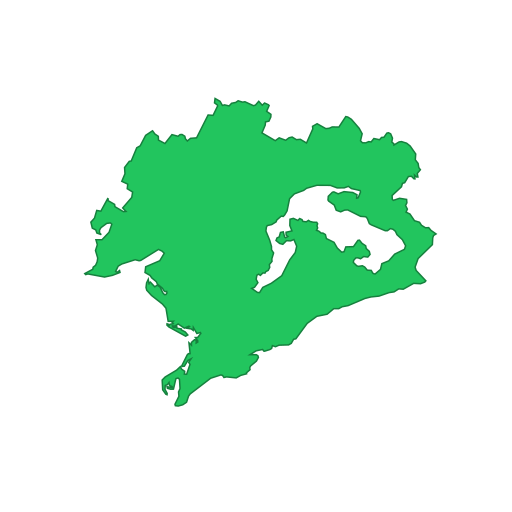 SVG path tracing the border of Krasnodar, rotated 297°
{"feature_id": "RUS-2371", "entity_name": "Krasnodar", "entity_type": "Territory", "adm_level": 1, "iso_a3": "RUS", "parent_name": "Russia", "parent_adm1": "", "projection": "mercator", "projection_center": [39.522, 45.126], "detail": "fine", "context": "isolated", "style": "filled", "palette": "green", "viewbox_px": 512, "rotation_deg": 297, "n_neighbors": 0, "source": "natural_earth", "source_scale": "10m", "svg_char_len": 6146}
<svg xmlns="http://www.w3.org/2000/svg" viewBox="0 0 512 512"><g transform="rotate(297 256 256)"><path d="M346.2,408.0L327.3,401.6L318.3,402.8L315.8,405.3L311.0,418.6L309.4,418.2L306.0,415.2L303.2,408.9L293.3,402.3L291.5,398.1L286.7,395.3L283.8,391.2L276.1,383.8L271.7,377.0L267.6,372.3L253.6,360.6L249.9,355.8L246.6,353.6L244.4,349.2L236.4,345.8L229.9,337.6L219.2,332.2L200.3,329.1L198.9,327.3L194.2,327.1L191.6,325.4L187.0,317.0L184.0,314.5L183.6,311.3L180.7,311.9L178.9,310.8L175.1,306.9L174.8,306.2L175.7,304.3L171.6,299.2L165.3,295.4L168.2,301.1L168.0,303.0L166.7,304.2L162.5,304.1L155.6,301.1L153.6,301.1L152.0,302.3L147.5,300.5L146.8,301.1L142.7,296.6L138.4,293.7L134.9,284.6L133.2,282.6L134.4,280.4L134.1,278.7L126.5,271.1L103.3,260.0L100.6,259.5L94.2,260.5L90.2,258.3L87.0,254.8L86.0,252.1L87.1,251.1L96.0,251.0L99.7,248.7L103.4,248.5L111.4,243.8L111.9,241.9L110.4,240.3L99.9,242.9L98.5,240.3L97.9,237.1L99.1,236.1L100.8,241.0L101.5,240.6L101.5,237.7L103.8,235.9L101.1,235.5L99.5,233.9L95.9,235.4L93.3,239.2L92.0,239.7L91.9,238.4L94.4,233.6L102.9,228.7L107.0,230.0L118.3,237.1L123.1,238.8L121.4,241.0L120.9,244.8L118.2,245.8L119.1,247.9L129.5,246.4L130.7,244.3L134.9,244.8L132.0,242.7L125.3,242.2L124.0,240.3L124.4,239.7L136.8,239.6L138.3,240.1L139.1,241.6L148.2,235.7L147.2,239.0L149.7,237.7L153.5,239.2L154.0,241.0L151.3,242.2L152.9,243.2L154.1,242.5L155.8,239.0L156.9,241.0L162.0,242.0L162.6,241.2L160.1,238.5L163.9,232.6L161.2,233.8L161.6,231.4L160.3,227.4L163.0,228.7L163.0,228.0L159.2,224.9L160.1,217.5L156.7,215.4L155.8,213.2L155.0,213.8L155.0,215.3L155.9,216.7L157.6,217.1L155.8,218.4L157.1,222.6L156.3,223.0L156.2,227.5L154.7,231.1L152.6,229.7L153.2,210.6L154.0,208.0L155.2,207.5L155.5,209.3L154.4,210.0L156.3,210.6L158.2,213.0L158.9,211.3L160.3,211.9L157.9,207.4L168.6,199.5L170.7,194.5L173.4,180.8L175.9,174.2L178.0,172.3L182.4,170.7L186.3,170.6L182.0,173.7L183.5,173.0L184.8,173.7L182.6,179.8L185.2,181.2L184.7,184.7L180.9,189.6L180.0,192.0L180.8,193.3L182.5,193.5L183.9,192.5L183.0,191.2L183.2,189.9L184.8,187.3L186.3,180.8L187.9,178.8L189.1,173.2L190.6,170.4L190.9,164.6L196.3,162.6L208.1,172.4L216.8,173.0L217.7,170.0L217.6,166.1L199.7,155.3L198.7,154.0L197.8,150.0L188.0,140.1L184.4,137.8L178.6,137.9L178.4,139.6L181.1,141.0L179.6,142.3L173.6,136.9L168.5,130.6L163.7,114.4L162.1,112.7L162.6,111.4L170.1,116.6L172.1,116.0L174.9,117.3L178.7,117.1L182.3,115.9L188.0,110.5L194.0,109.5L197.8,106.0L200.6,111.4L210.4,114.3L218.9,113.1L219.4,111.3L217.3,108.2L210.9,105.0L208.1,104.8L205.6,106.1L204.8,108.4L204.2,103.8L206.5,101.4L206.5,97.5L211.2,93.5L216.4,94.9L224.3,93.4L225.5,97.4L239.8,97.8L239.7,98.5L238.2,98.7L237.8,106.6L235.9,107.9L235.3,117.7L236.7,119.9L238.3,115.4L251.8,118.7L257.0,117.0L257.5,110.7L261.8,109.1L261.6,102.5L269.8,101.9L275.2,98.7L282.8,100.1L284.0,101.7L298.3,100.6L301.6,102.8L313.4,102.9L320.0,106.6L320.6,107.0L318.8,110.5L318.3,114.6L315.0,116.5L314.9,123.8L326.0,126.0L327.3,132.2L329.7,133.2L330.7,134.9L330.4,138.2L328.4,139.9L327.3,142.6L331.1,144.2L334.3,149.4L359.9,149.3L361.8,153.9L372.2,153.7L373.0,153.1L373.6,149.5L377.8,148.0L377.5,153.8L374.9,157.7L376.4,159.4L377.5,163.9L381.0,164.9L383.7,168.3L386.2,169.6L387.0,174.2L388.4,176.1L388.8,185.5L390.2,187.0L395.1,188.2L393.2,193.1L396.2,194.2L396.4,198.4L396.0,199.4L389.7,199.8L389.0,205.0L386.6,206.1L382.0,206.3L379.8,203.6L376.8,204.8L368.4,205.4L367.5,220.8L371.8,223.0L372.6,229.9L376.4,231.8L378.4,234.2L378.0,239.2L380.1,242.5L379.6,249.7L395.0,248.9L397.2,247.5L401.6,250.4L401.2,260.4L403.1,263.3L405.6,265.3L408.5,271.3L421.0,272.7L421.5,274.7L421.1,278.9L416.6,290.0L413.1,295.1L406.1,296.8L405.2,299.4L406.6,302.4L409.1,304.5L409.9,306.8L414.2,307.7L415.7,313.3L418.6,314.0L419.9,316.1L424.9,316.8L426.0,318.1L426.0,320.5L423.0,324.1L419.2,325.3L418.6,327.8L417.5,328.5L422.6,331.7L424.0,333.7L424.9,339.0L424.0,343.4L419.4,352.0L414.0,354.3L412.1,358.4L408.7,360.9L407.5,363.3L402.8,362.2L399.9,364.4L399.3,363.2L400.1,360.5L396.9,362.6L396.5,361.7L397.6,358.3L396.0,355.7L388.8,355.2L387.2,353.5L383.7,354.2L371.7,349.8L368.4,351.7L367.9,353.1L372.6,357.7L374.8,364.5L371.9,366.3L368.9,366.3L366.5,369.6L363.2,369.8L363.3,374.1L359.4,381.2L360.3,386.4L358.5,389.5L358.1,394.2L359.7,397.0L358.3,400.2L357.4,406.4L354.9,404.9L352.5,405.2L346.2,408.0ZM295.5,258.4L291.1,255.7L288.2,252.2L286.3,252.2L282.7,253.5L276.2,261.1L271.5,265.5L268.6,267.0L266.7,270.3L260.6,271.4L258.5,272.7L254.4,271.8L252.1,273.4L248.7,273.4L246.5,271.8L244.9,271.8L244.0,269.8L240.7,268.7L241.0,266.6L239.3,265.5L235.3,266.7L233.1,269.8L227.4,268.9L225.2,266.8L224.2,273.8L225.0,275.8L231.1,276.3L238.6,282.0L250.1,287.9L267.9,287.8L276.9,289.4L283.2,287.8L287.9,282.3L285.2,280.0L283.5,276.2L278.6,274.6L277.9,271.4L278.9,266.8L281.6,266.5L283.5,268.0L288.1,267.1L289.9,269.3L285.8,273.0L285.7,274.1L287.9,275.6L288.4,273.3L290.8,272.0L294.7,276.6L298.5,272.3L304.2,269.6L306.5,272.2L306.7,277.2L309.2,277.9L309.3,280.5L308.1,282.0L309.3,285.3L311.6,286.6L311.3,288.4L312.1,291.7L313.6,294.8L312.7,296.3L310.6,296.6L309.0,298.2L306.3,298.3L306.7,300.6L306.0,303.7L306.8,305.3L306.6,308.1L303.5,310.8L303.6,319.3L300.0,324.8L298.3,330.6L299.8,332.5L304.9,331.9L308.6,338.6L316.2,339.7L317.1,341.0L315.4,344.7L314.9,349.1L312.7,350.8L311.6,354.8L309.2,356.9L305.8,356.1L304.4,352.2L301.0,350.4L300.7,347.7L299.6,345.8L296.5,345.0L294.5,345.6L293.0,350.3L293.3,352.0L295.6,355.2L295.5,357.9L293.9,361.6L295.5,365.2L293.7,367.9L293.7,369.0L294.0,370.3L300.6,373.0L306.3,371.6L312.0,376.5L320.6,378.7L329.3,385.2L333.0,384.7L337.0,379.0L339.0,371.9L341.3,369.0L342.0,365.9L341.4,363.3L338.2,361.6L337.2,359.7L336.1,344.6L336.3,342.3L340.0,338.1L340.8,336.0L338.8,331.2L338.7,316.8L337.1,314.1L333.8,311.4L333.2,306.7L336.9,302.6L337.9,295.8L338.6,294.7L342.0,293.3L347.5,295.1L348.5,296.3L348.7,301.0L353.3,305.2L356.5,313.4L356.4,318.2L353.2,319.4L354.2,320.6L360.4,320.1L361.6,319.1L359.4,310.4L360.0,306.7L356.8,303.7L353.5,297.4L352.7,290.2L346.7,278.2L339.3,270.3L336.1,268.7L328.8,262.0L322.3,259.9L310.3,263.2L305.5,262.9L303.6,262.3L303.0,260.4L297.5,258.2L295.5,258.4Z" fill="#22c55e" stroke="#15803d" stroke-width="1.5"/></g></svg>